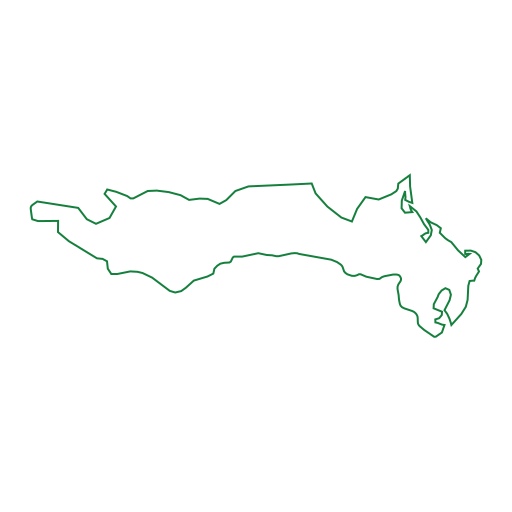 the border of Rovigo
{"feature_id": "ITA-5462", "entity_name": "Rovigo", "entity_type": "Province", "adm_level": 1, "iso_a3": "ITA", "parent_name": "Italy", "parent_adm1": "", "projection": "equal_earth", "projection_center": [12.098, 44.979], "detail": "fine", "context": "isolated", "style": "outline", "palette": "green", "viewbox_px": 512, "rotation_deg": 0, "n_neighbors": 0, "source": "natural_earth", "source_scale": "10m", "svg_char_len": 2752}
<svg xmlns="http://www.w3.org/2000/svg" viewBox="0 0 512 512"><path d="M409.8,175.2L410.1,186.5L412.3,202.9L408.9,201.8L405.2,199.9L405.5,197.1L405.1,192.8L405.1,191.0L401.8,200.6L401.6,208.3L405.0,212.7L412.3,212.1L411.2,210.4L410.6,209.1L409.8,206.1L416.4,211.4L420.5,217.7L424.0,224.1L428.3,229.9L428.3,232.8L425.7,233.3L424.3,234.1L423.2,235.0L421.3,236.1L425.9,242.1L430.8,235.3L431.8,230.0L429.8,224.7L425.8,218.3L430.7,222.3L436.7,225.1L440.8,228.2L439.8,232.8L445.1,238.1L447.8,240.1L451.3,242.1L458.0,250.3L465.3,257.1L469.6,253.9L468.5,253.8L466.2,254.1L465.2,253.9L465.2,250.7L470.8,250.6L475.5,252.2L479.2,255.5L481.3,259.9L481.0,263.9L477.7,268.6L479.0,271.5L476.3,275.7L475.1,278.0L474.2,280.7L472.2,280.7L469.6,281.0L468.3,285.8L467.6,299.9L465.8,306.8L461.3,314.0L451.4,325.0L450.9,323.1L449.5,318.8L447.2,313.9L444.5,310.2L449.6,300.2L450.9,294.7L449.3,289.9L445.4,288.2L441.6,290.5L438.7,294.2L437.6,297.1L433.8,304.2L433.6,308.3L442.0,311.7L441.8,315.0L439.2,318.2L435.3,319.4L435.4,322.4L437.7,322.9L441.9,324.6L444.5,325.0L441.9,332.5L435.8,336.7L434.3,336.8L434.2,336.8L424.1,329.9L419.6,326.1L418.7,325.0L418.0,323.6L417.8,321.9L417.7,318.2L417.5,316.5L416.9,315.1L416.1,313.8L415.1,312.8L413.9,311.8L411.9,310.9L404.4,308.4L402.0,307.2L400.6,305.7L400.0,304.3L399.6,302.8L399.0,299.5L398.6,294.9L397.7,290.0L397.5,288.4L397.6,286.6L398.1,285.0L398.8,283.7L400.5,281.2L401.0,279.8L401.0,278.4L400.5,277.2L399.7,275.9L398.6,275.0L396.5,274.5L393.4,274.5L384.5,276.2L382.2,277.0L381.1,277.7L380.2,278.4L379.4,278.9L377.0,279.0L366.3,276.7L360.7,274.3L359.1,274.2L356.8,275.3L354.6,275.9L351.8,275.8L347.4,274.3L345.4,272.9L344.1,271.4L342.6,267.0L341.9,265.8L340.9,264.7L337.1,262.1L331.3,259.7L298.9,253.9L297.4,253.3L294.8,253.1L291.4,253.4L278.7,256.2L276.2,256.2L272.1,255.3L266.8,255.0L258.3,253.2L242.2,256.6L234.0,256.6L232.8,257.5L230.8,261.6L229.4,262.5L224.1,262.8L220.3,263.7L217.3,265.7L214.4,268.7L213.3,273.6L207.5,276.5L193.8,280.6L185.8,287.8L181.2,291.1L175.2,292.5L169.8,290.9L152.1,277.6L142.5,273.0L137.4,271.8L130.3,271.4L117.3,274.0L111.3,274.0L107.8,268.7L107.0,261.3L102.6,258.9L96.9,258.3L68.9,241.2L58.0,232.1L58.1,220.9L38.1,221.1L32.3,219.3L32.0,218.4L30.7,208.8L30.8,207.3L31.4,206.0L32.4,205.0L37.3,201.5L78.2,207.9L86.8,219.2L96.0,223.8L109.5,218.0L116.0,206.5L104.6,193.9L106.6,190.6L107.2,189.5L116.2,191.8L127.3,196.1L130.5,198.4L133.3,198.4L147.7,191.0L156.8,190.6L168.8,192.1L180.6,195.2L189.1,199.9L199.6,198.6L207.7,198.9L219.5,203.9L226.3,200.1L235.4,191.0L248.5,186.4L289.3,184.6L311.7,183.5L315.6,193.4L327.3,206.5L341.3,217.5L351.9,221.5L357.1,208.9L365.5,197.1L378.7,199.5L391.4,194.3L396.3,191.1L397.8,188.6L398.3,183.6L409.8,175.2Z" fill="none" stroke="#15803d" stroke-width="2"/></svg>